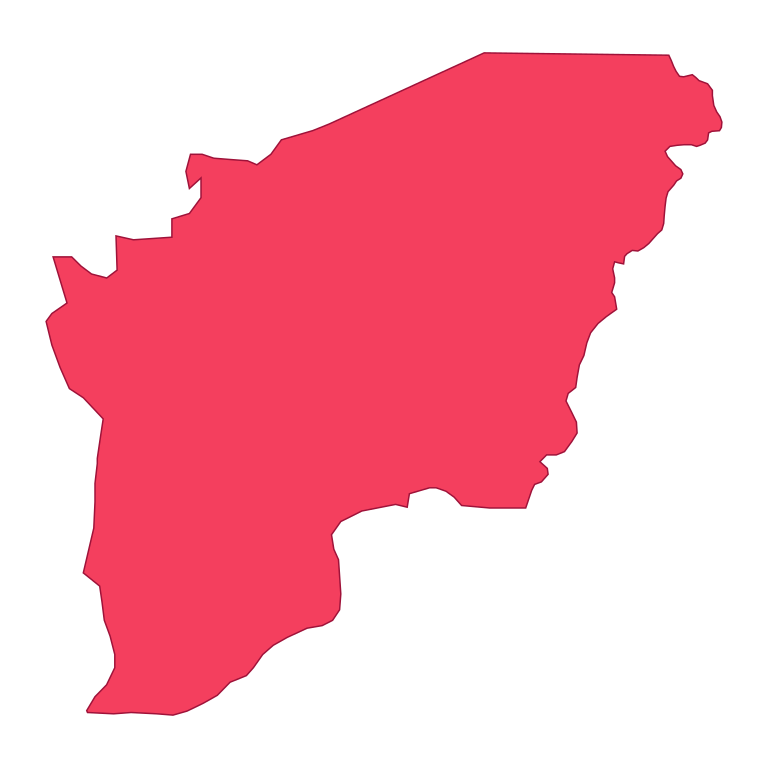 the district of Kampar, Perak, Malaysia
{"feature_id": "92858781B88195291987558", "entity_name": "Kampar", "entity_type": "district", "adm_level": 2, "iso_a3": "MYS", "parent_name": "Malaysia", "parent_adm1": "Perak", "projection": "robinson", "projection_center": [101.24, 4.393], "detail": "fine", "context": "isolated", "style": "filled", "palette": "rose", "viewbox_px": 768, "rotation_deg": 0, "n_neighbors": 0, "source": "geoboundaries", "source_scale": "gbopen_adm2", "svg_char_len": 2113}
<svg xmlns="http://www.w3.org/2000/svg" viewBox="0 0 768 768"><path d="M668.8,55.2L484.1,52.9L329.2,124.0L312.8,130.6L281.4,139.8L270.9,154.3L256.9,164.8L247.6,160.8L230.1,159.5L213.8,158.2L202.2,154.3L190.5,154.3L185.9,171.4L189.4,188.5L201.0,177.9L201.0,197.7L189.4,213.5L171.9,218.8L171.9,237.2L133.5,239.8L116.0,235.9L117.1,270.1L106.7,278.0L91.5,274.0L81.0,266.1L71.7,256.9L53.1,256.9L67.0,303.0L51.9,313.5L46.1,321.4L51.9,345.1L60.1,367.5L69.4,388.6L83.4,397.8L103.2,418.9L100.8,434.7L97.3,458.4L97.3,463.6L95.0,483.4L95.0,501.8L93.8,528.1L83.3,572.9L99.7,586.1L102.0,601.9L104.3,620.3L110.1,636.1L114.8,654.5L114.8,667.7L106.6,684.8L95.0,696.7L86.7,710.6L87.5,712.5L113.6,713.8L131.1,712.5L156.7,713.8L173.0,715.1L187.0,711.1L203.3,703.2L217.3,695.3L230.1,682.2L246.4,675.6L253.4,667.7L262.7,654.5L273.2,645.3L287.2,637.4L307.0,628.2L322.2,625.6L332.6,620.3L339.6,609.8L340.8,594.0L338.5,559.7L333.8,549.2L331.5,534.7L340.8,521.5L361.8,511.0L395.6,504.4L407.2,507.2L409.4,493.7L429.5,487.8L436.2,487.8L445.9,491.2L454.1,497.1L461.6,505.5L489.9,508.0L525.7,508.0L531.7,490.3L534.6,484.4L541.4,481.9L548.1,474.3L547.3,468.4L539.9,461.7L546.6,454.9L556.3,454.9L564.5,451.6L571.9,441.4L577.1,433.0L576.4,422.1L571.9,412.8L566.0,401.0L568.2,393.4L575.7,387.5L577.1,377.4L579.4,364.8L583.9,355.5L586.8,342.9L590.6,332.8L598.0,323.5L606.2,316.7L616.7,309.2L614.6,296.8L611.7,292.5L614.6,282.8L614.6,277.9L612.7,268.8L614.6,261.8L618.4,262.8L623.6,263.9L624.6,256.4L627.0,253.7L632.2,250.4L637.9,251.0L643.7,247.7L648.9,243.4L652.7,239.1L657.5,233.7L661.8,229.9L663.7,223.5L664.2,215.9L665.1,206.2L666.1,198.1L668.0,191.7L673.7,185.2L676.6,180.9L680.9,178.2L682.8,173.9L680.9,169.6L675.6,165.8L671.3,160.9L667.5,156.6L665.1,151.2L669.9,146.4L677.1,145.3L684.2,144.7L691.4,144.7L696.6,146.4L700.0,145.3L705.2,143.1L707.6,139.9L708.6,132.9L711.9,131.3L719.5,130.7L721.4,127.5L721.9,122.1L720.0,116.7L716.7,111.9L713.8,105.4L712.4,95.7L712.4,90.3L707.6,83.8L699.0,80.6L695.7,77.4L692.3,74.7L683.7,76.8L679.5,76.3L676.1,71.4L673.7,66.6L671.3,60.6L668.8,55.2Z" fill="#f43f5e" stroke="#9f1239" stroke-width="1.5"/></svg>